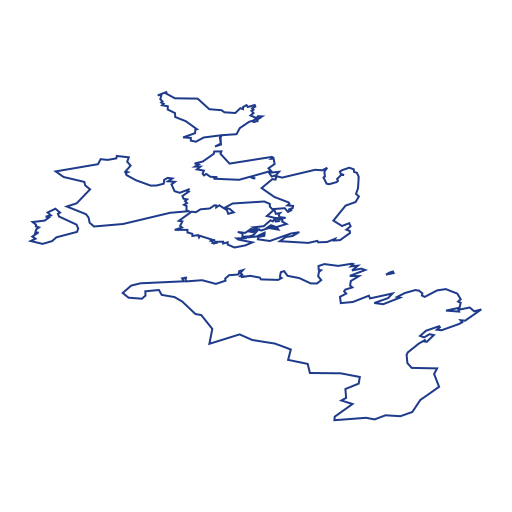 Herøy nor, Møre og Romsdal, Norway (Robinson projection)
{"feature_id": "86288312B50103571231900", "entity_name": "Herøy nor", "entity_type": "district", "adm_level": 2, "iso_a3": "NOR", "parent_name": "Norway", "parent_adm1": "Møre og Romsdal", "projection": "robinson", "projection_center": [5.668, 62.312], "detail": "fine", "context": "isolated", "style": "outline", "palette": "blue", "viewbox_px": 512, "rotation_deg": 0, "n_neighbors": 0, "source": "geoboundaries", "source_scale": "gbopen_adm2", "svg_char_len": 6087}
<svg xmlns="http://www.w3.org/2000/svg" viewBox="0 0 512 512"><path d="M400.4,416.2L412.3,412.0L420.3,400.0L439.1,386.8L434.1,374.0L437.1,368.4L411.7,367.9L407.4,363.1L406.6,354.9L407.8,352.4L418.8,343.6L425.6,339.7L423.9,341.4L426.8,341.8L433.8,335.1L429.6,334.2L424.1,337.4L420.1,335.9L425.9,330.8L439.1,326.2L439.9,327.2L436.9,329.7L441.7,330.2L459.0,324.0L462.2,322.3L460.5,320.2L465.1,320.7L481.3,309.4L474.2,311.3L469.7,307.5L458.5,309.8L459.1,311.6L446.0,310.6L459.5,307.7L460.7,302.8L458.1,301.6L460.7,299.2L457.3,293.6L445.8,289.1L437.1,290.4L424.7,296.9L421.9,295.5L422.4,293.4L419.0,290.6L415.2,290.1L404.9,293.0L397.2,296.9L400.0,297.6L383.2,304.2L374.3,303.0L388.1,298.1L392.5,293.5L370.0,298.4L368.9,295.7L352.8,302.0L340.8,303.1L340.0,296.8L346.2,293.6L344.1,291.3L345.3,289.6L352.3,287.4L350.1,285.5L350.8,281.0L359.0,276.1L349.8,275.9L365.2,270.0L361.4,268.6L352.0,270.5L357.9,265.7L350.9,266.4L353.3,264.1L352.0,263.7L338.3,265.9L324.4,264.1L318.5,266.0L318.7,269.8L321.0,270.3L318.9,271.9L318.2,276.3L321.2,280.1L317.0,283.5L310.7,283.4L299.3,278.1L287.5,275.8L284.1,271.1L280.8,272.2L279.9,276.9L281.6,278.0L278.1,279.9L260.9,279.4L259.8,277.6L250.1,275.8L241.1,277.2L242.7,276.3L240.4,276.2L242.1,274.4L240.2,273.1L242.9,270.1L239.2,271.2L238.5,274.5L229.1,275.2L225.2,278.6L225.5,280.7L215.9,283.9L202.1,280.2L186.2,281.4L185.3,278.4L186.8,277.4L182.1,278.4L183.9,281.3L140.4,283.3L131.2,285.6L122.7,293.0L128.6,297.7L141.9,298.7L145.5,295.6L145.3,291.3L158.9,290.0L161.7,294.9L174.6,297.1L182.2,301.5L195.4,314.0L201.3,315.1L212.3,328.9L209.4,343.8L239.6,334.4L252.3,340.0L275.0,343.6L290.8,349.5L288.1,359.9L307.7,363.9L309.9,373.0L340.6,373.3L359.8,377.0L358.7,383.6L345.4,389.0L346.1,397.9L341.4,400.5L352.5,404.0L334.7,416.7L334.4,420.2L366.1,417.8L374.6,419.4L385.5,415.3L400.4,416.2ZM275.4,175.9L279.0,171.8L269.1,172.8L271.7,176.5L274.7,175.6L276.3,177.4L275.5,179.6L272.4,179.1L261.6,188.1L274.4,197.0L288.6,202.4L289.4,203.9L287.4,205.4L293.1,205.9L292.7,208.0L288.3,209.7L292.1,209.8L288.0,211.9L284.7,208.2L274.1,209.0L275.8,213.8L280.0,213.1L278.6,214.6L279.6,217.1L285.7,217.9L276.1,218.1L273.9,220.9L275.8,219.5L276.0,221.5L278.8,221.1L277.9,218.9L282.4,219.9L282.2,221.6L286.5,224.0L276.3,227.1L271.0,225.2L268.0,227.2L276.9,227.3L278.4,229.6L268.9,228.0L261.2,230.5L258.4,229.6L253.4,235.1L248.7,236.6L252.0,236.6L249.9,237.1L248.5,237.2L247.6,237.4L256.5,236.5L264.6,232.7L264.6,234.3L260.5,235.2L265.1,235.7L258.4,236.9L257.9,239.3L269.8,241.0L290.9,233.5L299.5,232.2L293.1,234.1L295.3,234.4L292.6,236.0L285.8,237.0L279.9,241.2L308.3,242.9L317.4,240.9L318.2,242.3L327.0,242.0L335.1,238.8L334.1,240.5L340.1,240.1L350.0,233.0L349.8,231.0L346.4,229.7L350.6,226.3L349.2,223.2L342.0,226.0L333.4,220.6L345.6,205.6L355.6,202.0L358.9,196.5L356.0,193.9L358.0,188.4L358.7,176.9L357.0,172.9L354.1,171.9L353.7,169.3L349.2,167.7L342.0,170.2L339.9,171.6L340.8,173.9L344.0,175.0L341.1,175.0L337.1,179.0L338.0,180.8L336.6,182.1L329.2,184.2L326.6,183.7L323.5,177.5L324.9,176.5L324.4,171.6L327.2,167.8L322.2,170.3L315.1,169.8L282.1,177.6L275.4,175.9ZM128.8,157.3L116.8,156.0L116.3,158.4L107.8,159.9L100.6,159.2L98.0,164.2L55.7,171.4L63.6,177.0L84.3,181.9L85.3,185.5L90.1,189.3L76.7,203.3L66.8,206.5L86.0,214.2L88.6,217.6L89.6,222.7L94.0,226.5L123.0,224.0L170.1,212.8L188.6,211.2L186.4,210.1L186.6,206.1L184.0,204.8L187.0,203.1L185.0,201.1L187.1,199.4L183.5,198.7L182.4,196.0L188.7,191.7L186.2,190.6L189.8,189.0L179.7,192.8L174.6,191.2L171.5,184.4L174.9,181.8L168.0,181.3L172.3,178.5L167.6,177.9L164.2,179.8L163.7,183.7L156.5,185.5L150.7,185.6L136.1,180.3L126.5,175.1L125.7,173.0L127.7,172.2L125.4,171.6L130.6,165.6L127.2,161.7L128.8,157.3ZM264.3,201.5L232.5,203.5L224.5,207.9L229.7,208.9L233.7,212.4L228.2,213.8L226.9,210.1L219.3,205.3L216.2,207.4L216.2,205.4L214.5,205.3L209.7,208.5L200.5,209.3L195.9,212.2L191.6,211.7L178.9,220.8L182.4,221.4L180.1,225.9L182.0,227.5L174.7,229.9L187.4,229.9L187.5,232.5L192.3,233.8L192.4,236.0L198.1,235.1L199.0,237.4L199.9,235.8L212.2,239.7L211.4,240.5L215.2,240.0L211.2,240.7L213.6,243.5L217.7,242.6L214.0,242.8L215.5,241.8L223.1,241.7L223.1,243.5L227.7,242.3L227.7,244.6L234.5,247.5L245.3,245.4L252.4,242.4L238.3,239.6L236.7,238.4L246.0,238.2L247.4,236.5L242.4,236.7L242.6,233.5L237.8,232.0L245.2,232.9L251.1,228.8L252.0,229.3L248.5,231.4L253.2,232.2L254.4,230.9L253.6,230.8L253.2,230.1L251.6,230.1L252.6,229.5L256.0,230.7L257.7,229.3L253.0,229.3L255.8,228.3L253.6,227.3L263.8,226.2L270.5,220.3L272.8,221.4L275.3,218.0L266.9,216.0L273.4,210.3L269.8,206.6L269.8,203.9L264.3,201.5ZM165.5,93.2L167.0,91.8L157.7,95.4L161.5,94.6L160.3,99.2L162.4,101.3L161.2,102.5L163.6,103.7L162.1,105.2L167.8,106.3L167.7,109.5L175.0,113.1L175.2,117.0L185.8,121.2L196.9,129.2L195.4,129.5L195.0,133.2L183.1,137.4L190.8,137.9L190.8,140.6L195.9,141.7L203.7,137.5L220.9,135.3L219.9,137.6L220.8,143.6L215.0,146.5L221.0,144.5L220.5,137.5L221.8,135.2L236.5,134.2L239.8,128.1L249.1,121.8L251.9,121.0L253.7,122.0L255.8,121.6L252.6,120.9L256.6,118.4L257.2,122.1L258.0,119.0L261.0,117.4L258.4,117.6L261.1,117.0L262.1,116.4L258.0,116.2L256.5,118.1L250.5,115.5L253.5,113.0L251.5,110.8L253.5,109.7L252.1,108.3L255.3,106.6L254.7,105.0L247.7,107.0L246.5,105.1L243.0,107.1L243.0,109.1L240.3,108.2L235.3,113.0L224.4,112.3L221.5,110.2L209.3,109.2L197.6,98.6L174.9,98.3L165.5,93.2ZM221.4,151.4L214.2,151.5L213.8,153.8L202.8,161.5L194.6,163.5L198.6,164.5L195.0,166.6L200.4,166.6L196.9,169.4L203.9,170.6L202.6,173.7L204.0,175.4L206.2,173.9L210.4,176.8L217.2,177.1L213.5,178.7L239.1,179.8L249.9,176.8L253.2,178.3L255.2,178.4L250.5,176.7L271.0,170.9L268.5,168.3L274.6,164.0L273.6,158.7L271.4,158.8L273.0,157.6L271.9,156.9L229.5,163.6L220.4,153.7L221.4,151.4ZM55.4,208.7L47.6,212.5L50.9,215.4L45.7,216.6L49.0,217.5L44.7,220.6L32.6,222.0L35.8,224.5L36.4,226.1L35.0,226.1L39.0,227.4L36.2,229.4L35.2,233.0L38.6,232.3L32.3,236.6L35.5,238.7L30.7,241.0L42.6,243.9L52.1,241.1L56.4,237.3L77.0,231.9L78.2,228.6L76.5,224.6L59.0,216.5L57.9,213.7L60.0,212.6L55.4,208.7ZM392.9,271.5L389.7,272.5L386.0,274.6L393.6,273.1L392.9,271.5Z" fill="none" stroke="#1e3a8a" stroke-width="2"/></svg>